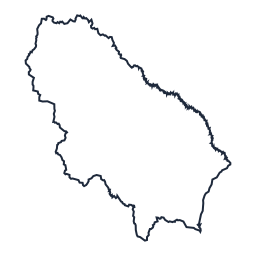 the district of Manu, Madre de Dios, Peru
{"feature_id": "86281439B65493313696262", "entity_name": "Manu", "entity_type": "district", "adm_level": 2, "iso_a3": "PER", "parent_name": "Peru", "parent_adm1": "Madre de Dios", "projection": "equal_earth", "projection_center": [-71.147, -12.293], "detail": "fine", "context": "isolated", "style": "outline", "palette": "slate", "viewbox_px": 256, "rotation_deg": 0, "n_neighbors": 0, "source": "geoboundaries", "source_scale": "gbopen_adm2", "svg_char_len": 5760}
<svg xmlns="http://www.w3.org/2000/svg" viewBox="0 0 256 256"><path d="M41.8,18.8L41.0,23.4L39.1,25.2L37.2,29.0L37.6,32.9L37.5,34.7L36.2,36.4L36.7,37.2L36.1,38.2L36.3,40.2L35.5,43.8L36.1,45.1L35.9,46.8L34.1,49.2L32.5,50.3L31.8,52.3L30.5,51.8L29.9,53.7L28.9,54.1L29.1,55.2L27.6,56.9L27.2,59.0L25.6,60.4L25.9,63.6L29.3,66.9L29.6,68.4L30.6,69.6L30.2,70.7L28.8,72.1L28.9,74.5L33.9,77.8L32.6,81.8L32.6,84.6L33.4,85.6L33.5,87.1L33.2,90.4L37.8,91.5L38.2,93.9L40.2,95.0L39.3,97.0L39.3,100.6L42.6,101.5L47.5,101.3L54.3,104.2L54.4,109.0L54.9,110.8L53.8,113.9L54.5,116.8L53.3,121.9L54.1,121.8L54.9,122.7L55.9,122.4L57.6,124.0L58.7,123.7L59.6,125.1L59.9,127.5L64.3,131.1L66.2,131.4L67.0,132.4L65.7,133.3L65.2,134.4L64.9,135.7L65.6,137.8L64.4,140.4L61.6,140.9L60.9,142.2L58.3,143.1L58.1,144.4L57.2,144.9L56.9,148.5L55.7,151.8L56.2,153.3L57.5,152.9L58.2,154.4L60.0,155.0L61.6,157.4L62.4,160.0L64.0,161.2L63.8,164.4L65.4,165.2L66.2,169.8L65.0,170.6L64.3,173.1L65.5,174.3L66.6,173.9L69.5,174.9L69.5,177.3L71.0,178.8L72.6,178.5L78.5,180.1L79.6,182.6L82.6,182.8L83.0,185.1L84.1,186.1L86.2,185.0L87.4,183.4L88.6,181.2L88.6,179.5L91.5,178.3L93.3,176.1L96.6,175.0L100.7,176.0L101.2,179.1L103.2,180.4L104.1,180.1L105.0,181.5L105.6,184.4L108.2,187.6L108.7,189.4L109.8,189.6L109.0,191.2L109.9,191.2L110.2,192.8L109.6,193.8L110.6,195.3L111.7,194.9L111.5,195.9L112.3,196.0L112.4,197.3L114.1,196.0L115.9,198.1L117.1,197.1L117.3,195.8L121.1,201.6L122.2,202.0L122.7,203.4L124.7,204.3L124.8,205.2L128.3,206.4L129.1,204.7L131.2,204.9L132.9,206.2L133.3,205.5L134.1,205.7L134.4,207.1L133.3,207.5L132.7,209.3L133.8,211.6L133.1,215.9L134.2,217.2L133.7,221.3L134.2,223.4L135.1,223.8L135.7,225.3L135.8,230.0L136.8,234.8L137.6,236.4L140.2,237.1L144.9,240.6L147.0,240.0L147.0,237.0L148.8,235.0L148.5,232.8L149.9,229.0L151.1,229.0L152.9,227.5L153.3,226.1L152.9,225.1L154.2,224.3L154.7,222.3L157.6,221.4L156.6,217.5L158.1,217.7L159.7,218.8L160.6,218.6L161.4,217.2L163.6,217.6L165.1,219.9L168.5,222.0L169.7,221.4L172.6,222.1L173.3,221.6L174.9,221.8L175.1,220.8L177.0,219.7L177.9,220.3L179.8,220.1L183.4,221.5L186.5,227.1L193.8,227.9L195.3,229.1L199.7,230.6L200.3,231.7L200.7,230.6L200.5,228.7L199.2,227.2L200.2,224.7L198.5,225.5L197.8,224.8L199.0,223.9L201.0,214.3L202.7,210.9L203.3,203.2L203.1,200.1L204.6,195.5L205.8,193.4L208.6,191.6L209.5,188.1L211.6,184.5L212.4,179.5L216.8,177.4L219.7,172.6L221.4,171.6L222.1,170.3L227.0,168.2L228.2,165.7L230.3,164.5L230.4,163.0L228.8,161.2L227.4,160.8L227.4,159.9L226.6,159.6L226.6,158.2L225.6,158.6L225.7,157.6L226.6,158.0L226.8,157.6L225.8,157.2L225.3,157.6L225.8,156.2L225.1,155.9L224.6,152.8L223.2,152.5L223.4,153.3L222.8,153.5L222.8,152.7L222.3,153.2L222.5,152.2L221.9,151.7L221.4,152.0L219.8,150.5L218.8,151.1L218.7,150.1L217.3,149.7L217.3,148.7L216.4,148.7L215.8,149.5L215.6,148.0L215.0,147.8L214.9,148.8L213.9,148.0L213.7,146.5L213.4,147.1L212.2,146.0L212.2,143.7L211.0,143.2L211.7,142.8L211.8,140.5L212.4,140.0L212.1,139.3L212.5,138.8L211.9,138.5L212.4,137.7L211.6,137.2L212.3,136.0L211.6,135.9L211.1,133.9L210.2,134.1L210.7,133.5L210.6,132.6L209.8,132.5L210.0,130.3L209.3,129.3L209.6,128.2L208.5,128.6L207.5,124.1L207.0,124.7L207.0,123.5L206.2,123.5L206.6,120.7L205.7,120.8L205.0,119.7L204.6,121.0L203.9,117.2L203.3,117.6L203.0,116.4L202.6,117.0L201.6,116.6L201.8,115.2L201.0,115.0L201.5,113.6L200.9,114.2L200.4,113.1L199.9,113.6L199.8,112.1L198.5,111.4L197.5,112.0L197.2,111.3L196.8,112.2L196.2,112.1L196.2,110.9L195.8,110.3L196.1,111.1L195.5,111.1L195.2,110.0L194.2,110.7L193.8,109.0L192.9,109.6L193.3,109.2L193.1,107.9L192.0,108.5L191.4,106.7L190.0,107.8L190.2,107.2L189.6,106.5L189.7,107.5L188.9,107.2L187.9,108.1L188.0,107.5L187.4,107.4L187.2,106.2L186.6,105.8L186.1,106.4L186.2,105.5L185.7,105.9L185.6,105.0L185.0,105.0L185.2,103.7L184.7,104.0L184.3,102.7L183.4,103.4L183.1,102.0L182.4,102.4L182.9,101.9L182.1,101.5L182.6,101.1L182.3,100.3L181.3,100.3L181.8,98.7L180.5,100.3L180.0,98.5L179.7,99.2L178.8,98.7L179.4,98.2L178.8,97.2L179.2,97.1L179.1,96.3L178.2,95.8L178.4,94.6L177.5,94.8L177.0,93.8L176.7,94.3L175.9,93.6L175.1,95.2L175.0,94.2L174.2,94.7L173.8,94.0L173.2,94.3L173.2,93.2L172.9,93.7L172.3,92.8L171.5,93.3L170.8,92.5L170.5,93.4L169.6,93.3L169.8,94.1L168.8,93.7L169.1,94.3L168.4,94.3L167.5,92.9L166.9,94.2L166.8,93.2L165.4,93.1L165.4,92.3L164.5,92.8L164.3,91.7L163.7,92.2L162.9,90.4L161.1,89.9L160.7,90.6L160.0,90.4L160.1,89.3L159.4,89.2L159.4,88.4L158.6,87.3L158.0,87.8L157.3,86.6L157.8,85.8L157.4,86.2L157.5,85.7L156.7,85.5L156.9,84.6L155.8,84.7L155.2,85.7L154.2,84.8L154.3,85.5L153.7,85.2L153.6,86.0L152.5,85.0L152.1,86.2L151.8,84.7L150.4,85.6L150.2,84.5L149.5,84.9L148.8,84.5L148.8,83.8L148.0,83.5L147.7,82.5L147.0,82.9L147.3,82.1L146.6,82.6L145.8,81.6L146.2,78.8L145.4,78.6L144.9,79.8L144.2,79.7L143.7,78.1L144.2,77.4L143.6,76.6L144.0,75.9L143.1,75.8L143.5,75.4L142.5,72.4L142.9,72.0L142.2,71.1L142.7,71.0L141.9,69.8L141.6,70.1L141.4,68.5L139.1,67.3L138.8,68.0L138.6,67.0L137.2,65.9L136.2,66.3L135.0,65.3L133.9,65.5L133.4,66.7L132.1,67.5L132.0,67.0L131.1,67.1L128.1,63.8L126.8,60.8L124.6,59.1L120.8,58.0L120.5,57.3L121.2,55.1L120.9,54.4L119.7,54.6L118.7,53.7L119.0,51.7L116.5,49.8L115.7,48.4L116.4,47.9L115.0,45.5L112.8,45.9L113.7,44.2L113.9,42.8L112.5,40.2L111.7,37.1L110.0,36.9L108.6,38.1L105.6,35.4L104.8,35.7L102.9,34.4L100.5,35.2L98.4,33.2L97.3,28.8L95.1,29.2L94.2,27.9L92.6,28.6L91.2,27.6L91.0,25.8L92.0,24.9L92.5,23.4L91.4,19.7L88.9,22.2L88.1,20.0L86.2,18.1L85.1,18.6L83.7,17.1L83.2,18.3L82.5,18.3L80.3,15.5L79.5,16.0L77.2,15.4L75.5,18.6L75.7,19.5L74.8,21.5L73.3,21.3L70.4,19.5L67.5,23.2L64.3,23.9L62.2,21.6L61.5,22.2L60.2,21.7L59.2,23.2L57.6,22.1L56.5,23.2L54.0,22.6L52.6,21.2L52.5,20.0L53.4,18.7L52.8,17.4L48.6,15.9L46.7,16.7L46.4,19.5L45.9,20.0L44.0,18.7L41.8,18.8Z" fill="none" stroke="#1e293b" stroke-width="2"/></svg>